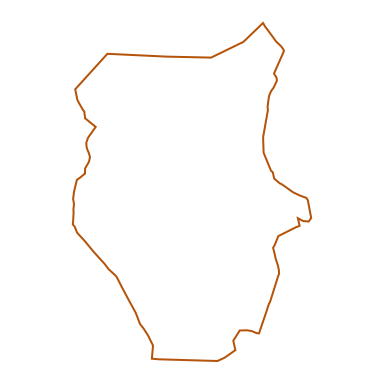 outline of Santo Domingo Ixcatlán, Oaxaca, Mexico
{"feature_id": "50627088B6821892138285", "entity_name": "Santo Domingo Ixcatlán", "entity_type": "district", "adm_level": 2, "iso_a3": "MEX", "parent_name": "Mexico", "parent_adm1": "Oaxaca", "projection": "orthographic", "projection_center": [-97.522, 16.909], "detail": "fine", "context": "isolated", "style": "outline", "palette": "amber", "viewbox_px": 384, "rotation_deg": 0, "n_neighbors": 0, "source": "geoboundaries", "source_scale": "gbopen_adm2", "svg_char_len": 1570}
<svg xmlns="http://www.w3.org/2000/svg" viewBox="0 0 384 384"><path d="M263.0,23.0L243.4,41.9L211.1,57.6L166.0,56.6L107.4,53.8L75.2,89.3L77.3,99.6L78.9,102.9L80.3,105.3L83.0,110.0L84.3,111.5L84.6,114.4L85.0,116.6L85.1,118.3L95.7,126.9L88.0,137.8L86.3,142.8L86.5,146.0L86.9,148.4L88.5,152.2L90.0,156.9L89.0,161.7L85.1,168.4L85.0,170.9L85.0,173.5L80.0,177.7L76.9,179.8L74.1,191.3L73.1,198.9L74.0,204.1L73.4,209.7L73.6,212.2L73.2,220.2L72.8,224.4L74.7,226.7L77.1,232.7L84.9,241.2L93.9,252.1L104.6,263.9L108.6,269.2L114.5,274.6L116.4,276.5L117.5,278.7L118.9,281.3L123.1,289.5L128.7,300.0L134.7,310.9L135.9,313.2L140.0,324.0L143.5,328.4L148.0,335.4L150.1,339.7L153.0,345.5L151.9,358.7L158.8,359.3L217.5,361.0L224.4,357.8L230.6,353.5L235.4,350.1L234.9,348.1L233.7,342.5L233.3,340.7L238.4,332.6L239.7,330.5L246.8,330.3L251.6,331.0L256.5,333.1L259.0,333.4L264.2,318.1L266.5,311.4L268.5,305.0L270.2,301.4L274.5,287.8L278.1,276.2L279.0,273.9L278.9,270.3L277.9,265.4L275.8,259.1L274.0,251.3L273.1,247.9L275.1,244.1L278.3,236.1L296.0,227.2L299.6,225.9L299.1,223.6L297.9,218.2L299.1,218.9L301.3,220.1L302.5,220.7L303.6,221.1L308.7,221.5L311.2,218.0L307.8,200.1L306.3,197.9L299.6,195.4L293.7,192.6L292.5,191.9L284.0,185.8L281.1,183.9L279.8,183.4L274.2,178.6L272.8,172.3L271.0,170.7L263.6,152.7L263.1,137.3L267.9,110.1L267.6,107.3L268.1,102.3L269.1,95.8L271.1,91.1L273.5,87.8L276.9,80.8L276.6,77.8L274.0,73.6L284.0,51.0L283.0,48.8L281.0,46.2L275.9,41.3L274.5,39.3L271.7,35.4L268.3,30.8L264.8,26.2L264.3,25.2L263.6,23.9L263.0,23.0Z" fill="none" stroke="#b45309" stroke-width="2"/></svg>